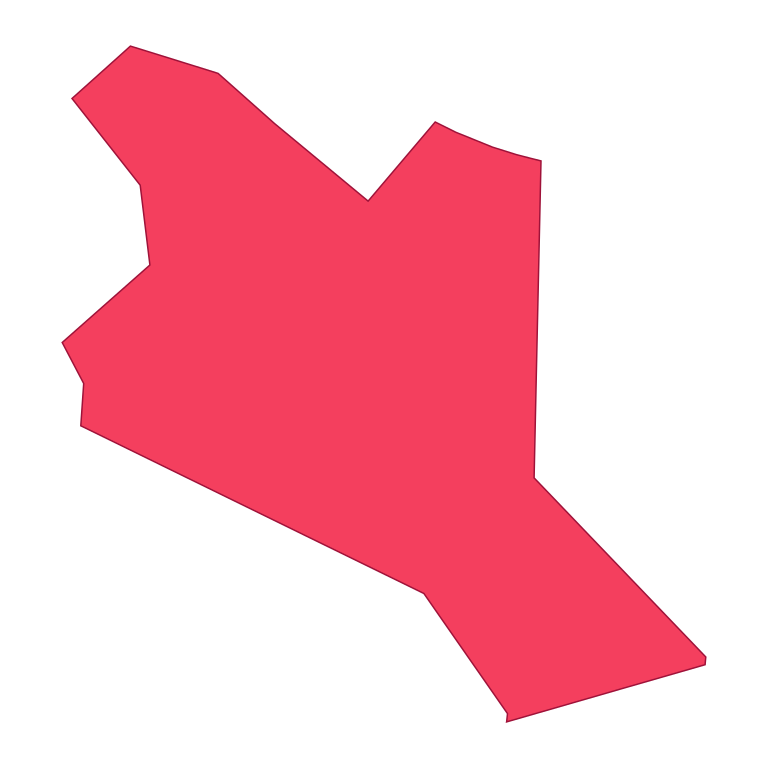 outline of Cacoa/Babonneau, Castries, Saint Lucia
{"feature_id": "8701671B50625769822151", "entity_name": "Cacoa/Babonneau", "entity_type": "district", "adm_level": 2, "iso_a3": "LCA", "parent_name": "Saint Lucia", "parent_adm1": "Castries", "projection": "natural_earth1", "projection_center": [-60.951, 13.989], "detail": "fine", "context": "isolated", "style": "filled", "palette": "rose", "viewbox_px": 768, "rotation_deg": 0, "n_neighbors": 0, "source": "geoboundaries", "source_scale": "gbopen_adm2", "svg_char_len": 517}
<svg xmlns="http://www.w3.org/2000/svg" viewBox="0 0 768 768"><path d="M72.0,98.5L140.2,185.2L149.9,265.0L62.2,342.5L83.7,383.5L80.8,425.8L306.6,536.2L423.9,593.5L439.8,616.4L507.5,713.6L506.7,721.3L506.6,721.9L622.4,688.5L705.1,664.7L705.4,661.2L705.8,657.0L666.1,615.6L534.1,477.9L536.4,371.0L541.0,160.9L530.6,158.3L516.3,154.6L492.4,147.1L474.2,139.7L455.9,132.3L435.2,122.0L368.1,201.1L274.6,123.6L218.1,73.4L189.3,64.4L130.4,46.1L112.6,62.1L72.0,98.5Z" fill="#f43f5e" stroke="#9f1239" stroke-width="1.5"/></svg>